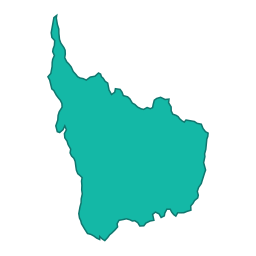 outline of Piên, Paraná, Brazil
{"feature_id": "56859067B57864591645239", "entity_name": "Piên", "entity_type": "district", "adm_level": 2, "iso_a3": "BRA", "parent_name": "Brazil", "parent_adm1": "Paraná", "projection": "natural_earth1", "projection_center": [-49.461, -26.066], "detail": "fine", "context": "isolated", "style": "filled", "palette": "teal", "viewbox_px": 256, "rotation_deg": 0, "n_neighbors": 0, "source": "geoboundaries", "source_scale": "gbopen_adm2", "svg_char_len": 2255}
<svg xmlns="http://www.w3.org/2000/svg" viewBox="0 0 256 256"><path d="M186.0,120.0L184.3,122.1L182.2,121.0L179.7,118.8L178.1,116.6L176.0,115.3L172.8,114.2L171.2,110.9L171.1,106.9L168.6,102.8L169.0,99.1L165.1,99.5L160.6,97.3L156.6,98.5L154.3,100.2L153.2,104.4L152.6,107.6L150.3,108.7L147.1,107.5L143.7,109.4L141.3,108.9L137.6,107.1L134.8,104.4L132.3,103.1L129.8,98.8L127.6,96.8L123.3,95.6L122.0,92.1L120.1,89.4L115.4,88.7L114.7,92.3L111.5,94.5L109.0,89.9L107.7,83.1L105.1,81.3L103.2,78.3L101.4,76.7L100.6,74.1L98.5,73.0L95.0,76.2L90.2,77.1L86.3,80.1L83.1,78.6L80.0,78.0L77.6,76.7L76.0,74.6L73.2,71.5L71.2,67.0L68.7,63.8L66.7,61.8L64.7,57.7L65.3,54.1L65.1,50.2L63.9,47.6L60.8,43.1L59.5,39.4L58.9,33.6L58.8,29.0L57.4,24.6L56.3,18.1L56.7,15.4L53.9,17.6L51.2,32.8L51.9,37.5L54.7,40.6L54.4,45.5L53.1,48.9L52.7,51.7L54.4,55.5L52.7,59.3L52.2,62.4L52.1,66.6L50.8,73.4L47.9,76.8L49.7,80.1L51.8,88.9L53.8,90.5L56.4,95.3L58.6,98.2L60.3,100.2L61.9,103.5L62.1,107.2L59.2,111.8L58.1,115.4L57.8,120.0L55.8,125.9L57.3,131.7L59.7,132.5L63.0,129.7L64.8,125.9L66.4,129.8L64.4,133.6L64.8,137.8L67.1,141.2L68.1,144.6L70.7,149.1L70.1,152.9L71.5,155.9L73.9,158.3L75.2,161.5L75.8,166.2L76.4,170.2L77.8,173.7L80.1,175.6L82.1,177.6L81.5,181.1L81.9,185.4L81.7,189.8L82.3,193.9L81.2,198.9L81.1,202.8L80.0,206.9L79.4,210.2L78.8,213.6L79.5,218.1L80.7,220.5L81.5,223.7L84.5,228.8L87.5,233.5L90.9,234.4L93.7,235.9L96.7,238.1L99.7,239.5L99.7,236.5L102.3,239.0L104.8,240.6L107.6,237.6L109.7,234.7L111.7,233.1L115.0,229.9L117.6,226.9L117.1,223.7L119.0,220.3L123.3,219.5L126.3,218.8L129.8,219.7L132.3,221.0L134.8,220.7L137.8,222.7L139.8,226.0L143.8,225.8L146.0,223.0L150.1,221.0L153.9,220.3L153.2,217.0L152.6,214.4L155.4,212.1L159.1,213.9L161.1,217.5L164.3,215.9L164.8,213.1L166.8,209.2L170.2,209.2L171.7,212.1L173.7,214.6L175.8,216.1L177.7,212.8L180.7,212.8L183.9,212.7L187.0,211.4L190.9,210.2L190.7,205.9L192.9,203.4L194.5,200.6L197.7,197.9L198.3,195.2L197.3,191.4L198.6,187.4L201.3,183.5L202.3,180.1L203.3,177.0L204.6,172.8L205.6,170.0L204.6,166.3L203.6,162.6L204.2,159.9L204.9,156.6L204.6,153.8L205.8,149.4L206.4,143.4L206.8,139.1L207.8,136.4L208.1,133.1L205.5,131.7L203.0,128.5L201.3,124.2L197.0,123.3L194.4,121.5L186.0,120.0Z" fill="#14b8a6" stroke="#0f766e" stroke-width="1.5"/></svg>